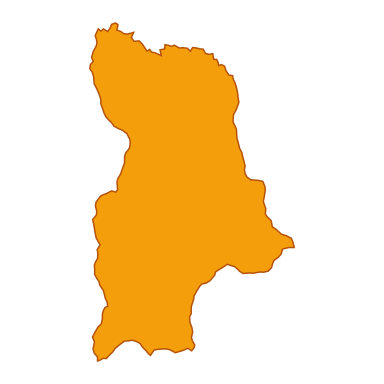 Nhandeara, São Paulo, Brazil (Albers equal-area conic projection)
{"feature_id": "56859067B33597746577156", "entity_name": "Nhandeara", "entity_type": "district", "adm_level": 2, "iso_a3": "BRA", "parent_name": "Brazil", "parent_adm1": "São Paulo", "projection": "albers", "projection_center": [-50.052, -20.672], "detail": "fine", "context": "isolated", "style": "filled", "palette": "amber", "viewbox_px": 384, "rotation_deg": 0, "n_neighbors": 0, "source": "geoboundaries", "source_scale": "gbopen_adm2", "svg_char_len": 2909}
<svg xmlns="http://www.w3.org/2000/svg" viewBox="0 0 384 384"><path d="M103.4,290.6L104.6,295.2L105.3,298.2L107.1,302.1L107.7,306.2L104.9,307.7L103.3,310.8L102.4,314.1L102.4,318.8L101.3,323.8L97.9,327.2L94.9,332.4L92.5,337.1L94.5,342.0L93.8,345.3L93.0,348.8L94.3,353.4L97.4,356.7L97.6,361.0L100.7,359.8L103.2,358.3L106.3,358.6L109.1,355.5L112.6,352.1L115.3,348.3L119.5,344.8L124.5,341.1L128.7,340.8L132.4,340.2L136.4,341.5L140.2,343.6L142.4,347.0L146.0,350.7L148.2,353.4L150.4,355.4L154.2,350.0L157.6,349.4L162.2,348.9L167.0,349.0L170.0,349.8L175.4,352.7L183.1,350.4L187.9,348.3L191.6,350.8L193.8,348.1L194.8,345.1L192.4,340.8L191.4,337.3L192.7,332.2L191.8,327.3L189.9,322.3L189.6,316.8L191.2,313.7L191.3,306.6L193.7,299.2L194.0,296.0L195.5,293.3L197.3,290.1L199.8,286.1L202.0,283.9L206.1,283.1L210.0,280.7L212.7,277.5L214.7,275.2L215.5,272.0L219.7,269.2L223.5,266.9L227.3,264.3L231.2,265.6L234.6,266.6L237.3,268.9L239.6,271.3L243.0,273.5L248.9,273.0L253.3,273.2L259.9,272.0L263.5,272.2L268.1,271.2L271.5,267.7L272.8,263.1L274.3,260.1L278.0,257.6L281.2,254.0L282.5,249.1L288.8,247.5L294.2,247.5L293.0,242.3L291.3,238.2L286.7,235.9L281.3,234.1L276.4,229.6L272.3,226.7L271.2,220.7L267.0,216.6L265.3,213.8L265.8,208.8L263.3,201.4L264.3,196.7L265.4,189.4L264.8,186.1L262.8,181.4L257.8,180.3L250.9,179.8L247.3,177.4L245.2,173.9L244.4,169.5L245.1,166.2L244.0,161.4L242.6,156.4L241.8,152.4L239.7,148.6L238.0,141.8L236.9,137.8L236.4,129.0L233.0,121.8L233.2,118.5L233.6,114.5L236.3,109.5L237.9,105.2L238.9,102.3L238.2,98.4L237.5,92.3L236.5,87.8L235.1,83.1L233.2,79.1L232.6,75.7L228.9,75.0L226.1,71.0L224.5,66.1L221.4,64.6L218.7,65.6L218.1,62.5L216.8,59.5L213.7,59.3L212.7,53.6L209.3,54.4L205.5,53.4L203.1,49.1L199.7,48.9L196.6,48.0L192.6,47.5L190.4,51.2L187.3,48.2L183.2,47.8L179.0,47.9L174.5,45.2L171.6,46.3L168.4,45.3L165.0,44.7L164.5,49.0L160.0,49.8L161.3,55.6L157.5,53.9L154.6,52.7L151.6,52.1L149.7,49.5L147.1,51.2L145.2,48.5L142.5,44.3L139.2,40.9L133.9,41.3L131.4,37.4L133.7,32.4L127.6,34.1L123.5,33.6L121.0,31.6L116.9,30.1L118.0,24.7L115.6,23.0L111.7,24.3L109.9,28.4L107.6,31.5L103.4,28.9L101.0,31.1L98.2,28.9L96.5,32.8L95.2,35.6L96.3,39.0L97.0,42.8L96.2,46.0L93.3,51.4L91.6,57.2L93.2,61.5L90.4,64.6L89.8,68.6L92.4,72.5L93.7,77.2L94.2,83.7L96.9,89.1L99.0,94.0L100.7,98.9L100.9,104.0L102.6,108.6L104.0,112.9L105.9,116.8L108.4,119.7L111.6,122.7L114.0,126.2L118.1,128.4L122.3,130.2L127.0,133.8L129.6,138.9L130.3,142.3L129.7,147.3L128.1,150.1L125.7,152.9L124.7,156.2L124.5,163.1L123.2,166.5L120.7,173.7L119.3,176.3L117.6,179.0L117.0,182.4L117.3,186.3L117.6,189.5L115.8,192.1L111.6,190.9L106.1,193.7L100.9,195.7L96.2,201.8L95.4,205.6L96.7,211.3L96.4,214.9L92.6,219.7L93.9,225.1L94.8,230.9L96.1,237.7L98.0,241.3L100.1,244.9L97.2,249.5L97.8,253.4L97.6,258.4L95.8,261.5L94.3,265.3L94.7,269.6L94.6,274.1L96.6,278.1L99.0,281.6L99.6,284.7L101.5,287.8L103.4,290.6Z" fill="#f59e0b" stroke="#b45309" stroke-width="1.5"/></svg>